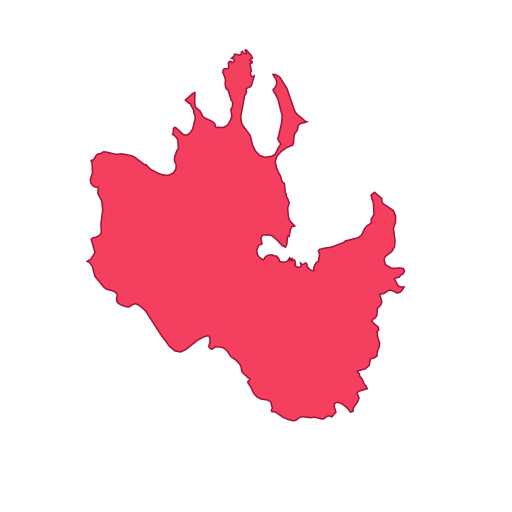 the border of Kentriki Makedonia, rotated 229°
{"feature_id": "GRC-2991", "entity_name": "Kentriki Makedonia", "entity_type": "Region", "adm_level": 1, "iso_a3": "GRC", "parent_name": "Greece", "parent_adm1": "", "projection": "robinson", "projection_center": [23.042, 40.656], "detail": "fine", "context": "isolated", "style": "filled", "palette": "rose", "viewbox_px": 512, "rotation_deg": 229, "n_neighbors": 0, "source": "natural_earth", "source_scale": "10m", "svg_char_len": 6116}
<svg xmlns="http://www.w3.org/2000/svg" viewBox="0 0 512 512"><g transform="rotate(229 256 256)"><path d="M244.1,131.5L257.6,132.4L287.0,136.6L293.3,135.9L296.6,135.0L298.2,134.2L299.6,132.9L300.3,131.1L300.6,127.8L301.1,126.4L303.2,124.5L306.5,122.6L310.0,121.2L312.7,121.1L315.4,122.8L316.8,124.9L318.4,126.3L321.5,126.0L324.2,124.6L328.7,121.6L331.5,120.7L346.1,121.1L355.9,125.8L360.9,126.0L362.7,124.9L362.8,125.2L361.9,129.0L364.2,136.8L376.7,142.5L376.8,145.0L375.2,147.2L374.2,152.0L375.3,154.7L382.4,160.4L391.3,170.5L399.0,175.8L406.8,177.6L411.4,181.9L414.2,179.4L417.0,178.9L419.7,179.3L422.6,181.3L425.8,186.9L432.8,192.6L436.3,194.2L435.3,196.5L436.9,201.8L436.4,204.2L434.9,206.5L434.9,209.0L432.8,211.1L424.4,217.2L421.3,221.6L413.5,227.8L410.4,229.2L397.7,231.9L397.2,233.0L395.4,232.8L390.5,233.4L382.3,236.5L379.0,238.6L375.8,241.1L373.8,244.1L373.0,248.8L374.3,252.8L377.0,255.5L380.4,256.5L382.6,257.9L385.1,261.1L387.3,265.1L388.2,268.4L389.1,268.6L394.3,272.8L396.2,273.4L398.6,273.6L400.9,273.4L402.5,272.8L403.5,274.7L406.4,277.3L406.5,279.0L405.3,279.7L395.0,280.9L392.7,283.1L392.2,286.6L393.3,291.4L399.5,300.1L401.0,301.4L405.8,303.6L406.6,304.5L412.3,305.7L413.9,306.3L415.6,305.6L419.6,305.0L419.8,304.8L420.1,305.3L420.0,309.9L420.2,312.9L420.0,315.4L419.6,317.1L418.4,316.4L412.9,311.1L409.8,308.9L407.7,308.1L402.1,308.9L396.6,307.5L394.4,307.6L386.7,311.1L383.4,311.8L379.0,310.0L378.6,311.0L377.6,312.6L377.0,312.5L374.4,315.9L373.5,319.0L373.8,322.0L376.2,327.8L377.0,328.8L378.1,330.0L383.1,333.1L384.2,336.1L386.3,338.4L388.4,339.6L389.4,339.3L399.6,343.8L401.5,343.2L404.0,344.1L406.5,345.9L408.4,348.0L410.6,349.5L416.5,351.5L418.2,353.7L418.0,355.2L416.1,357.0L416.1,358.7L417.0,359.8L419.7,361.6L420.2,363.0L419.8,364.6L418.7,364.8L417.7,364.8L417.2,365.5L417.6,367.6L418.5,368.4L419.9,368.2L421.3,367.3L421.3,369.2L421.4,370.4L421.7,371.4L422.4,372.3L418.4,375.5L417.8,377.1L419.4,378.6L419.4,379.9L416.5,380.0L415.1,381.1L415.5,382.2L418.3,382.4L418.3,383.8L410.6,384.0L407.6,383.2L408.0,381.1L408.0,379.9L406.9,379.9L405.8,380.8L404.7,380.5L404.3,379.3L405.0,377.4L399.7,374.5L398.7,374.2L398.0,372.2L396.3,370.9L394.3,370.4L393.2,371.3L393.1,372.1L393.6,373.6L388.1,365.1L387.4,363.0L388.3,360.0L388.6,358.2L387.9,357.4L386.3,356.8L385.4,355.3L384.9,353.6L384.2,352.3L370.9,335.6L365.8,332.4L363.0,331.7L350.6,330.7L342.2,326.2L335.4,324.5L329.4,324.8L324.4,327.7L320.7,333.8L320.4,337.4L321.5,340.4L323.0,343.4L323.8,346.8L324.3,347.9L325.4,348.4L328.4,348.7L329.8,349.1L330.7,350.0L332.1,352.3L340.1,363.1L344.5,367.6L360.1,375.5L370.2,377.8L370.6,378.9L370.6,380.5L371.1,382.4L372.5,384.6L374.3,386.2L376.6,387.1L379.8,387.4L381.9,388.0L380.7,389.3L377.9,390.6L375.2,391.3L362.2,389.3L340.4,380.4L336.7,379.9L325.6,381.6L323.9,382.4L324.7,380.4L326.6,376.9L327.0,374.8L326.5,373.3L324.3,370.4L323.8,369.3L322.7,364.9L320.0,361.7L317.2,359.1L315.6,356.3L317.7,350.4L318.4,343.4L317.5,337.0L314.6,332.4L308.5,329.2L305.3,328.1L299.7,326.8L297.1,325.4L294.7,324.4L292.1,325.0L284.4,319.6L282.8,319.4L281.3,318.1L277.8,317.3L274.2,316.0L271.5,311.4L264.5,306.3L261.6,305.0L259.1,304.6L253.2,305.0L254.6,302.2L253.4,299.2L249.0,293.9L249.5,293.7L249.9,293.7L250.1,293.5L250.1,292.7L244.6,286.9L243.3,284.0L246.5,282.7L256.1,282.2L261.2,281.2L263.4,279.6L264.4,278.0L266.2,276.6L267.4,274.8L266.4,271.5L262.8,269.4L261.9,269.0L261.2,268.5L261.5,267.2L262.4,265.2L260.0,260.5L256.5,258.1L252.5,257.6L248.1,259.0L249.2,262.4L248.8,265.2L247.6,267.4L246.1,269.0L243.7,270.2L242.3,271.1L242.4,271.5L239.4,271.5L238.1,271.1L236.8,270.2L233.9,272.0L232.0,274.3L231.5,277.0L232.6,280.2L231.7,280.2L230.6,279.0L230.6,281.6L229.7,281.6L229.7,280.2L228.6,280.2L227.9,282.4L226.7,282.2L225.2,281.1L223.5,280.2L223.4,279.3L221.2,279.5L218.8,281.3L218.6,283.5L221.4,285.0L220.0,285.2L219.1,285.6L218.5,286.6L218.4,288.3L217.7,289.3L216.4,289.0L214.2,287.6L210.6,287.8L208.7,288.4L207.0,290.1L209.2,291.9L210.7,294.5L211.5,297.4L211.1,300.1L212.9,301.6L214.4,303.7L216.1,305.5L218.9,306.3L219.3,308.2L217.2,312.4L213.2,318.8L208.6,331.3L208.7,333.4L202.9,345.0L202.5,349.1L203.7,352.1L205.2,355.2L206.0,359.3L205.4,363.5L205.7,365.4L207.5,366.2L208.2,367.1L210.0,372.3L217.8,378.5L219.2,379.2L220.0,379.9L223.6,381.1L224.4,381.7L224.7,382.4L226.1,382.3L226.5,383.1L226.3,386.4L226.4,387.2L224.9,387.5L217.0,388.7L214.7,386.8L212.1,386.3L200.1,389.5L194.5,387.6L189.9,383.3L186.7,377.8L176.6,371.2L172.0,366.5L170.3,361.3L170.8,353.4L169.6,350.7L164.8,348.0L158.4,350.0L155.9,352.1L152.8,356.6L149.7,359.1L147.1,358.2L146.0,355.5L146.6,352.6L146.0,350.1L147.5,347.8L147.9,345.4L140.1,343.7L137.1,345.2L135.6,347.5L134.5,344.8L134.1,341.3L135.2,338.4L141.1,335.8L143.1,333.7L143.6,328.3L146.0,324.1L139.0,321.1L137.3,318.3L136.7,313.2L131.7,308.0L131.1,305.4L131.5,303.0L130.4,300.3L122.1,301.6L119.6,300.2L119.5,297.7L114.7,294.5L109.2,292.2L106.9,289.8L103.7,283.9L101.3,282.0L101.2,279.5L103.2,274.8L99.2,269.7L99.1,264.7L102.8,256.8L99.5,256.8L97.0,255.4L94.3,255.5L88.1,253.6L85.4,253.7L82.8,252.9L86.5,244.9L86.4,242.4L81.3,240.7L79.6,237.9L77.4,229.6L75.1,227.3L76.1,224.9L81.5,225.2L87.1,224.1L90.0,223.0L92.6,220.9L93.1,218.5L90.8,216.1L85.7,213.9L84.8,207.5L86.0,207.3L87.9,205.5L88.5,203.4L88.5,201.5L88.8,200.0L90.3,198.3L95.9,194.6L98.0,191.2L103.3,186.5L105.4,183.7L105.6,182.3L105.8,178.7L106.4,176.9L107.6,175.7L111.4,173.1L116.0,170.8L125.5,168.3L126.2,167.8L127.7,166.2L128.3,165.8L129.4,166.2L129.9,167.1L130.1,168.0L130.5,168.5L135.4,171.0L136.5,171.4L139.6,170.3L145.0,165.8L148.4,164.4L151.8,164.1L154.7,164.4L160.3,166.1L164.8,166.6L166.2,167.0L166.6,167.7L166.8,170.1L167.1,170.7L168.0,170.8L169.3,170.1L172.1,170.0L175.8,169.4L177.7,169.5L179.1,170.1L182.2,172.0L183.9,172.6L188.3,172.8L190.7,172.5L192.8,172.0L195.6,171.2L198.0,171.2L202.8,171.9L206.1,171.7L208.9,170.7L211.5,168.7L214.1,165.7L214.4,164.2L214.3,162.6L214.8,161.3L217.0,160.7L218.8,161.1L219.6,162.1L220.3,163.5L221.4,165.0L224.1,167.2L226.0,168.1L227.6,167.0L229.3,163.3L230.8,156.3L231.4,141.9L233.0,136.1L237.4,132.6L244.1,131.5Z" fill="#f43f5e" stroke="#9f1239" stroke-width="1.5"/></g></svg>